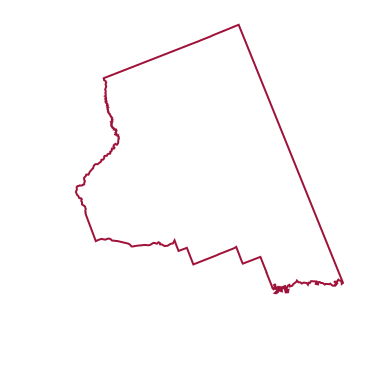 the district of Coconino, Arizona, United States of America, rotated 339°
{"feature_id": "52423323B62960071172507", "entity_name": "Coconino", "entity_type": "district", "adm_level": 2, "iso_a3": "USA", "parent_name": "United States of America", "parent_adm1": "Arizona", "projection": "albers", "projection_center": [-112.498, 35.631], "detail": "fine", "context": "isolated", "style": "outline", "palette": "rose", "viewbox_px": 384, "rotation_deg": 339, "n_neighbors": 0, "source": "geoboundaries", "source_scale": "gbopen_adm2", "svg_char_len": 5515}
<svg xmlns="http://www.w3.org/2000/svg" viewBox="0 0 384 384"><g transform="rotate(339 192 192)"><path d="M84.6,203.4L87.5,203.2L90.5,203.3L94.1,205.5L95.7,205.3L97.8,205.7L99.1,206.8L99.9,208.6L105.0,211.2L114.1,217.4L115.3,219.0L116.0,221.1L116.7,221.5L122.0,222.6L128.9,224.5L132.4,226.2L134.1,226.4L137.4,225.7L138.9,226.2L140.6,227.7L142.7,226.9L143.7,227.9L143.5,229.5L144.9,230.0L147.1,232.7L150.1,233.4L153.6,232.7L155.8,233.2L158.4,230.9L158.3,234.9L158.3,242.2L167.2,242.3L167.3,260.1L193.3,259.9L194.5,259.7L211.0,259.6L213.6,259.1L213.6,275.6L213.8,277.1L221.5,277.1L232.6,277.1L232.8,293.9L232.6,293.9L232.8,307.8L232.7,310.7L233.2,311.8L235.5,310.0L235.2,308.3L237.1,308.0L236.1,308.6L236.2,311.0L234.1,311.9L235.0,312.4L236.5,312.4L238.5,311.4L239.7,312.1L236.6,313.8L235.8,314.8L233.1,316.0L234.2,316.7L236.3,316.3L237.4,315.1L240.0,314.0L239.0,315.9L240.3,316.9L240.7,315.3L242.0,314.5L242.7,313.2L245.3,313.2L245.3,314.9L243.8,314.1L243.8,317.0L243.5,319.3L245.7,320.0L246.9,318.0L245.5,318.0L245.9,315.2L246.7,315.3L248.1,313.8L249.7,313.6L249.6,315.3L252.1,315.4L253.5,314.3L257.3,313.2L258.2,312.3L259.1,314.5L260.6,315.0L261.7,316.8L263.8,316.6L266.5,318.1L267.0,320.1L268.5,318.5L269.4,319.2L271.2,317.9L276.0,320.1L274.6,322.2L276.6,323.4L277.2,322.1L276.6,321.1L279.0,321.8L279.6,323.0L281.4,323.8L282.8,326.0L283.9,325.7L287.2,327.3L288.1,327.1L289.7,329.8L292.3,330.8L294.1,329.7L293.1,329.3L294.5,328.5L292.3,326.6L295.3,327.7L297.2,326.3L297.6,327.2L299.5,328.4L299.8,329.3L299.4,329.6L299.4,329.9L299.0,330.4L299.0,330.5L299.1,331.1L299.0,331.4L300.4,330.9L295.5,52.6L269.8,53.1L264.4,53.4L254.6,53.5L252.7,53.6L242.3,53.6L150.4,54.1L150.0,56.0L151.0,57.5L151.2,59.0L149.9,60.4L149.8,62.7L147.7,65.1L147.6,67.1L146.5,68.7L146.6,69.7L145.9,71.2L145.4,71.3L145.6,71.5L145.7,71.8L145.4,72.1L145.4,72.5L145.3,72.9L145.5,73.2L145.4,73.4L145.5,73.5L145.4,73.7L145.1,73.7L144.9,73.7L145.0,73.9L145.0,74.3L144.9,74.6L144.7,74.4L144.6,74.5L144.3,74.7L144.3,74.9L144.4,75.0L144.3,75.5L144.2,75.9L143.8,76.2L144.0,76.9L144.4,77.0L144.1,77.3L144.0,77.5L143.9,77.7L143.7,77.7L143.8,78.2L144.0,78.3L144.2,78.8L144.4,78.9L144.5,79.0L144.3,79.4L144.3,79.2L144.1,79.2L144.1,79.6L144.4,80.2L144.3,80.3L144.2,80.2L144.0,80.3L143.9,80.4L144.3,80.6L144.4,80.9L144.1,81.0L143.9,80.8L143.6,81.0L144.0,81.5L144.1,81.8L144.0,81.7L143.7,81.7L143.7,81.9L143.6,82.1L143.9,82.6L143.7,82.6L143.5,82.9L143.2,83.0L143.3,83.4L143.4,83.6L143.2,84.0L142.9,84.2L143.0,84.4L143.1,84.8L142.9,85.1L143.0,85.5L142.8,85.9L142.5,86.2L142.7,86.8L142.4,87.0L142.3,87.3L142.6,87.6L142.5,88.1L142.7,88.7L143.1,89.4L143.0,89.5L142.9,89.8L143.1,89.9L143.1,90.1L143.0,90.3L143.1,90.8L143.2,91.1L143.3,91.4L143.2,91.8L143.3,92.0L143.5,92.4L143.4,92.7L143.5,93.1L143.8,93.4L143.8,93.7L143.6,94.0L143.6,94.4L143.8,94.5L143.6,94.7L143.5,95.0L143.3,95.4L143.3,95.6L143.4,95.8L143.2,95.8L143.0,96.0L143.1,96.4L143.2,96.5L143.1,97.0L142.7,97.1L142.7,97.5L142.7,97.8L141.8,97.7L141.9,97.9L142.0,98.1L141.9,98.3L141.4,98.6L141.4,98.9L141.0,99.2L140.9,99.4L140.9,99.6L141.2,99.7L141.2,99.9L141.0,100.4L141.0,100.6L140.7,100.6L140.4,101.0L140.6,101.2L140.8,101.1L140.5,101.7L140.5,102.0L140.8,102.1L140.9,102.3L140.9,102.5L140.8,102.8L141.0,103.0L140.9,103.3L140.8,103.6L141.1,103.9L141.3,104.0L141.5,103.9L141.6,104.1L141.7,104.3L141.6,104.5L142.0,104.9L141.7,105.3L141.9,105.3L142.4,105.6L142.4,105.9L142.2,105.9L142.2,106.2L142.4,106.4L142.7,106.5L142.9,106.4L143.1,106.4L143.2,106.5L143.4,106.6L143.5,106.6L143.5,106.8L143.4,106.8L143.3,107.0L143.3,107.4L143.4,107.5L142.9,107.9L142.8,108.2L143.0,108.3L142.9,108.6L142.7,108.8L142.5,108.7L142.0,109.0L141.8,109.1L141.7,109.3L141.8,109.4L141.9,109.6L141.9,110.2L141.7,110.3L141.7,110.5L141.9,110.5L142.3,110.8L142.2,111.0L141.8,111.0L141.6,111.0L141.8,111.3L141.8,111.5L141.7,111.5L142.0,111.8L142.1,112.2L142.2,112.4L142.3,112.5L142.5,112.4L143.0,112.5L142.8,112.7L143.0,113.0L143.2,113.5L143.4,113.8L143.4,114.1L143.3,114.5L142.9,114.8L142.8,115.2L142.9,115.4L142.9,115.5L142.8,115.8L142.8,116.0L142.5,116.1L141.3,118.0L141.1,118.9L140.3,120.0L139.3,120.8L138.9,121.0L138.2,120.4L137.9,119.7L137.5,119.7L137.0,119.8L136.4,120.1L135.6,120.4L135.0,121.3L135.5,122.9L134.6,123.5L133.0,122.7L132.4,123.2L132.2,124.0L132.0,124.5L131.3,125.0L130.1,125.1L129.9,125.5L129.9,126.2L129.3,126.9L128.2,126.5L127.4,126.4L126.8,126.5L126.3,126.8L125.6,127.6L124.7,127.5L123.5,127.0L122.9,127.3L122.7,127.5L122.5,127.9L122.2,128.8L121.5,129.4L121.0,129.8L120.4,129.9L119.5,129.5L118.8,129.6L118.1,130.9L117.5,131.2L116.2,131.5L114.1,132.2L113.6,132.1L112.1,131.5L111.5,131.5L111.0,131.6L109.6,132.5L109.0,133.2L108.2,134.4L106.6,135.0L105.8,135.5L104.9,135.9L103.8,136.6L103.1,137.1L102.7,137.8L102.2,138.3L101.2,138.7L100.6,138.1L99.6,137.9L99.0,138.4L98.8,138.7L98.1,139.3L97.2,139.6L96.1,140.3L96.1,140.8L95.7,142.1L95.9,143.3L95.7,143.9L95.1,144.4L94.7,144.9L94.3,145.7L94.2,146.1L93.4,146.4L92.6,146.1L91.9,146.3L91.7,146.4L91.3,146.5L91.0,146.3L90.5,146.2L89.6,145.6L88.2,145.8L87.2,145.4L86.0,146.2L85.7,147.5L85.2,148.7L84.0,149.9L83.7,150.4L83.6,152.1L83.7,153.3L83.8,153.8L84.3,154.6L84.5,155.6L84.4,156.4L84.5,157.0L84.9,157.5L86.0,158.0L86.2,158.3L86.4,158.7L86.2,158.9L86.4,159.4L85.8,160.0L85.4,160.7L85.7,161.8L85.3,163.2L84.9,163.8L84.9,164.3L85.4,164.8L85.7,165.4L85.9,165.8L86.4,166.1L86.9,167.4L86.7,168.7L86.8,169.6L86.6,170.0L85.9,170.9L85.4,172.0L85.4,172.4L85.5,172.8L84.9,173.7L85.0,174.2L84.9,175.3L84.8,175.5L84.6,203.4Z" fill="none" stroke="#9f1239" stroke-width="2"/></g></svg>